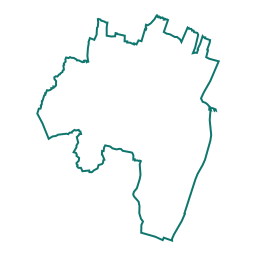 the district of Swords Lea-7, Fingal, Ireland
{"feature_id": "5873133B96625316158825", "entity_name": "Swords Lea-7", "entity_type": "district", "adm_level": 2, "iso_a3": "IRL", "parent_name": "Ireland", "parent_adm1": "Fingal", "projection": "orthographic", "projection_center": [-6.277, 53.456], "detail": "fine", "context": "isolated", "style": "outline", "palette": "teal", "viewbox_px": 256, "rotation_deg": 0, "n_neighbors": 0, "source": "geoboundaries", "source_scale": "gbopen_adm2", "svg_char_len": 3117}
<svg xmlns="http://www.w3.org/2000/svg" viewBox="0 0 256 256"><path d="M210.5,110.0L209.2,109.7L209.5,106.7L207.4,104.3L205.5,102.8L202.7,101.8L201.0,98.4L203.8,92.4L210.3,81.0L218.7,61.3L209.4,58.8L206.2,57.2L208.0,50.2L207.2,49.7L209.6,43.0L210.1,40.1L205.1,38.3L205.2,37.4L203.6,37.3L202.6,36.1L200.1,44.0L197.6,49.1L198.1,49.6L196.9,52.9L195.7,52.6L192.9,53.2L195.2,47.5L198.2,34.8L197.3,32.9L194.0,32.1L193.7,30.7L192.6,30.2L192.1,30.6L191.3,28.9L189.2,28.8L188.8,28.0L188.3,28.3L187.6,27.6L181.4,42.0L180.1,39.4L177.0,37.0L174.8,37.0L170.0,34.3L166.8,33.7L163.8,32.0L168.0,20.0L167.0,19.4L164.2,19.6L164.7,18.7L163.2,18.4L162.7,17.7L162.3,18.1L161.2,17.6L160.5,18.0L160.2,17.2L159.3,17.3L159.0,16.7L158.3,17.3L157.7,17.0L157.3,15.4L156.7,15.4L154.5,19.2L150.7,23.4L147.7,25.3L146.1,24.7L145.7,26.4L146.3,28.7L145.8,29.8L145.0,29.2L141.5,41.2L138.5,40.4L136.5,44.4L134.2,43.4L134.0,44.4L130.2,42.7L127.1,42.5L127.2,41.4L124.6,41.3L124.8,35.7L116.7,33.9L116.7,33.3L115.6,33.1L115.1,36.3L111.1,36.5L106.7,35.7L106.7,27.2L107.4,22.6L105.8,22.5L104.3,21.5L101.1,20.6L100.5,19.6L98.2,18.9L97.8,18.3L98.2,22.5L97.8,26.8L97.0,27.8L96.6,34.7L94.3,39.8L89.9,38.1L88.5,42.2L88.8,42.9L87.9,48.3L87.4,55.9L88.1,61.2L88.7,62.4L87.7,61.4L86.6,62.1L86.2,60.8L84.9,60.5L83.8,60.8L83.9,62.0L82.5,62.2L78.6,60.3L76.9,60.4L76.5,59.5L73.7,57.9L71.3,57.8L70.0,57.1L68.6,58.1L66.2,57.5L65.4,59.3L65.6,61.7L64.3,62.9L63.8,63.8L64.2,64.9L63.4,65.5L63.9,69.7L62.8,70.5L62.4,72.1L60.4,73.4L60.0,74.3L58.9,74.6L57.5,76.5L55.8,76.3L54.3,77.3L54.5,79.2L56.1,81.0L56.0,85.4L54.7,86.8L53.4,86.5L53.5,87.8L51.3,88.2L51.6,89.0L50.1,90.0L48.4,90.5L47.0,90.2L45.8,93.3L45.1,93.3L45.3,94.8L44.2,95.4L42.4,101.1L41.9,101.1L41.8,104.2L40.8,105.4L41.2,106.1L40.5,108.6L38.8,108.7L37.3,113.6L42.4,123.2L48.7,138.8L52.4,136.5L56.0,135.9L58.1,134.7L66.5,133.7L68.2,134.2L69.5,132.7L71.8,132.6L71.9,131.9L74.5,129.9L75.8,130.5L78.7,129.9L79.5,131.4L80.4,131.5L81.0,134.0L79.3,134.1L78.7,135.3L76.8,137.0L78.2,142.6L76.4,145.6L76.5,147.2L73.6,152.2L75.9,152.9L76.8,154.7L76.5,155.9L79.1,157.9L78.8,160.7L76.5,163.1L76.7,164.4L77.6,165.1L77.1,166.4L78.5,167.9L81.0,167.9L82.4,171.2L89.2,170.5L89.4,172.1L91.8,172.2L94.1,170.2L97.6,168.4L98.5,165.1L102.1,164.0L103.1,162.6L103.3,160.3L104.4,159.8L102.5,155.1L101.9,154.8L102.1,150.9L103.6,151.1L104.1,147.5L105.2,145.4L110.2,146.5L112.5,148.4L116.7,149.4L119.5,148.8L121.1,149.1L122.7,150.8L131.7,152.5L132.3,152.9L133.4,155.3L133.3,159.6L134.7,159.3L134.8,160.5L137.3,160.4L138.6,160.9L139.8,160.6L140.8,161.1L139.7,164.2L140.5,174.9L139.7,179.1L136.9,188.2L134.0,191.7L133.2,194.2L133.9,196.3L138.6,201.7L139.5,206.1L139.3,213.3L141.0,218.8L143.0,221.5L141.4,225.0L141.2,232.3L141.2,232.7L155.2,236.7L162.7,240.1L163.8,237.7L172.1,240.6L172.0,238.9L174.0,234.4L181.8,220.9L184.9,213.8L184.4,213.5L195.4,179.4L197.7,173.7L202.6,165.1L205.0,159.7L210.3,140.9L211.2,135.1L209.7,119.9L210.5,110.0ZM209.9,107.0L209.6,106.7L209.5,109.3L210.7,109.9L210.3,108.8L211.7,108.3L209.9,107.0ZM215.6,109.3L213.7,108.6L214.5,110.7L215.4,109.8L215.8,110.1L215.6,109.3Z" fill="none" stroke="#0f766e" stroke-width="2"/></svg>